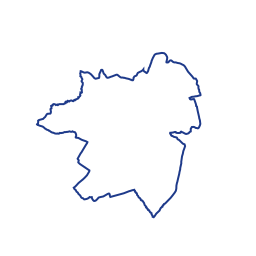 the district of Lubefu, Kasaï-Oriental, Democratic Republic of the Congo, rotated 217°
{"feature_id": "63176286B49230128630829", "entity_name": "Lubefu", "entity_type": "district", "adm_level": 2, "iso_a3": "COD", "parent_name": "Democratic Republic of the Congo", "parent_adm1": "Kasaï-Oriental", "projection": "mercator", "projection_center": [24.451, -4.689], "detail": "fine", "context": "isolated", "style": "outline", "palette": "blue", "viewbox_px": 256, "rotation_deg": 217, "n_neighbors": 0, "source": "geoboundaries", "source_scale": "gbopen_adm2", "svg_char_len": 5791}
<svg xmlns="http://www.w3.org/2000/svg" viewBox="0 0 256 256"><g transform="rotate(217 128 128)"><path d="M150.2,204.0L150.7,203.0L150.8,202.2L150.3,198.9L149.5,195.7L149.1,194.9L148.7,193.7L148.1,191.6L147.5,190.0L147.4,188.6L146.9,187.3L146.2,185.5L146.1,184.7L146.0,183.5L146.2,183.1L146.7,183.0L147.8,183.1L148.8,182.9L150.4,183.2L151.0,184.0L151.0,183.5L151.1,182.8L151.5,181.5L152.9,178.8L153.3,177.9L153.2,177.0L152.9,175.9L152.8,175.1L153.1,174.4L153.5,173.9L153.9,173.0L153.8,171.5L153.5,171.0L153.1,170.4L152.9,169.8L152.8,169.2L153.4,168.6L154.4,168.5L155.0,168.1L155.9,168.0L157.3,167.5L159.2,166.6L161.1,165.9L161.6,165.5L162.5,165.2L163.3,164.5L164.4,164.0L166.3,164.0L168.3,164.1L168.7,164.0L169.3,163.6L171.0,160.9L171.7,159.7L172.4,158.8L172.9,158.0L173.8,156.5L174.3,156.1L174.7,155.7L175.5,155.6L176.4,155.9L178.3,156.7L179.4,156.7L180.4,157.0L182.0,158.1L182.6,158.5L183.4,158.9L183.9,158.8L184.4,158.0L184.1,157.3L183.9,156.4L183.4,154.1L183.2,153.6L182.7,153.0L182.2,152.2L181.8,151.8L181.3,150.7L181.4,150.4L183.5,147.9L184.2,147.7L184.9,147.6L186.2,147.9L187.1,148.1L189.8,148.6L191.2,148.6L192.7,148.5L193.5,148.2L194.2,147.9L194.8,147.2L195.7,146.3L196.0,146.1L196.5,145.8L197.4,145.6L199.4,145.2L200.0,144.9L199.6,144.2L199.3,143.9L199.1,142.9L197.6,141.6L197.3,140.7L196.6,140.6L196.0,140.7L195.1,140.0L194.1,139.7L193.7,139.3L193.4,137.7L193.0,137.2L191.4,136.9L190.5,135.8L189.8,134.4L189.9,133.5L189.2,132.6L189.0,132.0L189.1,131.5L188.9,131.0L188.1,130.9L187.5,130.2L187.2,129.6L186.3,128.9L186.2,128.6L186.3,128.2L187.3,127.7L186.8,127.1L186.6,126.1L185.6,125.3L185.5,124.7L185.7,124.0L185.6,122.9L186.2,122.6L185.7,121.9L185.6,121.6L186.1,120.8L186.6,119.5L187.1,119.2L187.3,118.8L187.0,118.3L187.1,118.0L187.8,117.8L188.0,117.3L187.9,116.5L188.4,116.2L189.2,116.1L190.0,115.8L190.6,114.9L191.0,113.6L191.3,113.6L191.7,113.9L192.3,113.9L192.3,114.0L192.7,113.2L192.2,111.8L192.4,111.5L193.5,111.5L193.6,110.9L192.9,110.0L193.5,109.3L193.7,108.4L196.5,106.3L197.4,105.5L197.8,104.0L198.2,103.9L198.7,104.1L199.4,102.9L200.5,103.0L201.2,102.7L201.9,102.2L202.1,101.5L201.7,100.7L201.8,100.3L202.4,100.1L202.7,99.4L201.0,97.8L200.9,97.5L201.3,96.7L201.3,96.4L199.5,94.8L198.8,93.7L198.7,92.8L200.9,90.8L201.1,89.9L200.8,87.0L201.1,85.7L201.2,84.8L201.2,84.3L203.9,80.8L204.2,79.8L204.1,79.5L203.4,79.0L202.9,77.9L202.6,77.4L202.9,76.5L202.8,76.1L201.9,76.1L201.3,76.5L200.5,76.5L197.0,77.8L195.3,77.8L193.9,77.6L193.2,77.8L192.2,77.7L190.1,78.4L189.7,78.2L189.0,78.5L187.1,78.5L186.6,78.7L185.8,78.7L184.8,79.3L183.3,79.6L182.6,79.9L181.1,80.9L180.8,81.4L179.8,81.8L179.5,83.0L179.1,83.1L178.6,83.7L178.0,84.0L177.7,84.5L177.1,84.9L176.5,86.1L176.0,86.8L175.4,87.1L174.3,88.3L173.8,88.6L172.7,90.1L171.3,90.6L170.6,91.2L170.3,91.9L169.9,91.9L167.7,92.7L166.4,92.2L165.1,91.2L164.6,90.3L164.3,89.2L163.7,89.0L161.7,90.2L158.1,90.7L157.3,90.9L153.9,92.0L153.0,92.2L151.9,92.3L151.6,91.4L151.4,88.6L150.5,80.2L150.6,79.4L149.7,73.1L149.0,72.8L148.2,72.7L147.7,72.3L147.4,71.4L147.1,70.7L146.5,70.5L144.6,70.3L133.3,70.9L132.8,70.0L132.3,65.5L132.7,62.0L133.0,60.2L134.4,54.3L134.7,50.9L135.0,48.9L135.4,47.7L133.9,47.0L132.4,47.0L130.9,46.2L129.2,46.2L128.1,45.6L125.4,45.3L124.3,44.7L123.4,44.4L122.8,44.4L121.6,44.8L120.2,44.6L119.7,44.9L118.3,46.5L117.6,47.7L117.2,49.0L117.1,49.7L116.7,49.8L115.3,51.0L114.6,50.3L113.5,49.7L112.2,49.3L111.2,49.3L110.6,49.8L110.0,50.9L109.7,52.9L109.6,54.7L109.3,55.2L108.5,56.2L106.5,58.5L104.6,63.0L104.0,64.0L103.4,64.3L102.5,63.8L101.9,63.1L100.6,62.3L92.1,73.3L89.0,78.3L88.2,79.3L87.2,80.8L85.8,82.4L85.2,81.9L84.6,82.0L84.0,81.3L83.1,81.4L82.7,81.0L82.0,81.2L81.6,81.1L80.4,80.0L79.0,79.8L77.7,79.0L76.4,79.2L75.8,78.9L75.0,78.8L74.4,78.2L74.0,78.2L73.2,78.6L72.7,78.4L72.1,78.5L71.4,78.3L70.9,77.9L70.1,77.8L68.3,76.5L66.0,76.1L65.8,75.9L65.7,75.4L64.8,75.5L64.2,75.1L63.4,75.2L62.7,74.6L61.5,75.0L61.0,74.5L60.1,74.3L59.6,74.0L58.9,74.2L58.4,74.0L57.9,74.1L57.3,73.3L56.4,72.9L55.7,72.8L54.9,71.9L53.8,72.2L53.7,73.7L53.9,76.6L53.1,81.2L53.4,81.8L53.7,84.0L53.4,84.9L53.5,85.3L53.1,85.9L53.6,86.9L53.3,87.5L53.5,88.0L53.3,88.5L53.5,89.0L52.9,90.0L52.7,91.6L51.9,97.9L51.8,101.2L51.8,104.6L52.0,106.6L52.9,108.6L54.7,111.2L55.8,113.5L56.2,114.7L57.6,117.8L59.5,122.2L60.4,123.9L61.4,126.3L62.2,127.5L64.2,131.9L65.1,133.0L67.8,137.9L68.7,140.4L69.9,142.8L70.9,146.1L71.5,147.9L73.0,149.0L74.8,148.5L80.1,149.2L80.7,149.0L81.7,148.9L82.9,149.6L83.4,149.7L86.2,148.5L87.8,148.4L88.5,148.0L89.1,148.1L89.8,148.6L91.0,148.9L91.4,149.6L89.5,151.3L88.1,153.1L87.7,153.4L87.2,153.5L86.8,153.2L86.4,153.3L85.2,154.0L83.7,155.2L83.3,155.7L83.6,156.7L83.3,157.1L82.6,157.0L82.0,157.4L79.3,157.8L78.2,158.1L77.7,158.5L76.6,160.0L76.4,160.6L76.4,161.6L76.2,162.2L75.8,163.0L77.4,165.1L77.6,167.2L76.5,168.2L75.5,168.7L74.0,168.8L73.0,169.4L72.1,169.7L71.9,169.9L71.7,170.5L71.7,171.3L72.2,173.5L72.7,174.8L75.2,177.4L77.0,178.7L77.9,179.6L82.3,183.3L84.0,184.8L85.9,186.6L86.9,186.6L87.4,187.3L88.1,187.9L90.6,189.6L92.5,190.8L93.3,190.4L94.5,189.0L95.1,188.5L95.8,188.4L96.9,189.0L96.2,190.4L95.9,191.1L95.0,192.0L94.3,192.6L93.2,193.9L92.0,195.0L91.0,196.3L90.8,196.7L90.0,197.5L89.9,198.0L91.4,199.3L92.8,199.8L94.4,201.5L95.0,201.6L96.0,202.5L96.8,203.7L97.4,204.0L99.3,204.3L99.8,204.8L101.0,207.1L103.0,208.0L103.7,208.2L104.6,207.5L105.3,207.1L107.5,207.8L113.9,209.1L118.4,210.9L119.3,211.3L120.7,211.6L121.7,211.6L123.0,211.3L124.0,211.2L125.6,210.8L127.1,210.0L128.0,209.6L129.2,209.2L130.6,208.2L131.6,207.9L133.9,208.0L134.5,207.8L135.1,207.1L135.3,206.0L135.3,204.8L136.2,203.8L136.8,203.6L137.2,204.1L137.6,205.1L138.3,206.6L139.0,207.8L139.6,208.3L141.7,209.3L142.9,209.5L144.1,209.5L145.0,209.0L145.7,208.6L146.3,208.2L149.0,205.3L149.6,204.8L150.2,204.0Z" fill="none" stroke="#1e3a8a" stroke-width="2"/></g></svg>